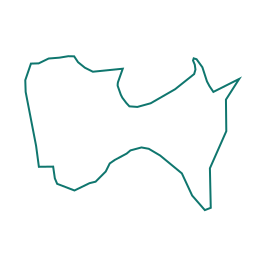 the border of Trbovlje, rotated 95°
{"feature_id": "SVN-952", "entity_name": "Trbovlje", "entity_type": "Statistical Region", "adm_level": 1, "iso_a3": "SVN", "parent_name": "Slovenia", "parent_adm1": "", "projection": "robinson", "projection_center": [15.039, 46.126], "detail": "fine", "context": "isolated", "style": "outline", "palette": "teal", "viewbox_px": 256, "rotation_deg": 95, "n_neighbors": 0, "source": "natural_earth", "source_scale": "10m", "svg_char_len": 800}
<svg xmlns="http://www.w3.org/2000/svg" viewBox="0 0 256 256"><g transform="rotate(95 128 128)"><path d="M194.9,175.9L189.8,193.7L184.5,196.5L173.0,199.2L174.4,213.4L153.8,218.0L101.0,233.1L89.3,234.5L72.3,230.3L71.4,222.6L65.7,213.1L63.9,202.4L61.7,193.8L61.3,187.9L66.8,183.5L71.7,176.2L75.0,167.9L69.4,138.4L83.3,142.0L85.0,142.1L86.8,142.0L95.4,138.1L98.3,136.3L103.2,131.9L106.3,128.5L106.2,120.5L101.4,107.6L85.3,84.5L68.5,66.8L63.9,65.9L59.1,67.0L55.1,69.1L52.9,68.6L53.5,65.7L61.0,59.2L74.7,53.4L79.3,50.4L84.6,46.1L69.4,21.5L91.2,32.9L122.6,29.8L161.0,42.9L200.3,38.6L203.1,44.3L189.7,58.2L168.5,70.4L152.6,93.6L146.9,105.5L146.2,112.9L150.1,123.6L153.6,127.1L160.9,138.3L164.9,143.1L173.3,146.4L184.3,155.6L186.3,161.5L194.9,175.9Z" fill="none" stroke="#0f766e" stroke-width="2"/></g></svg>